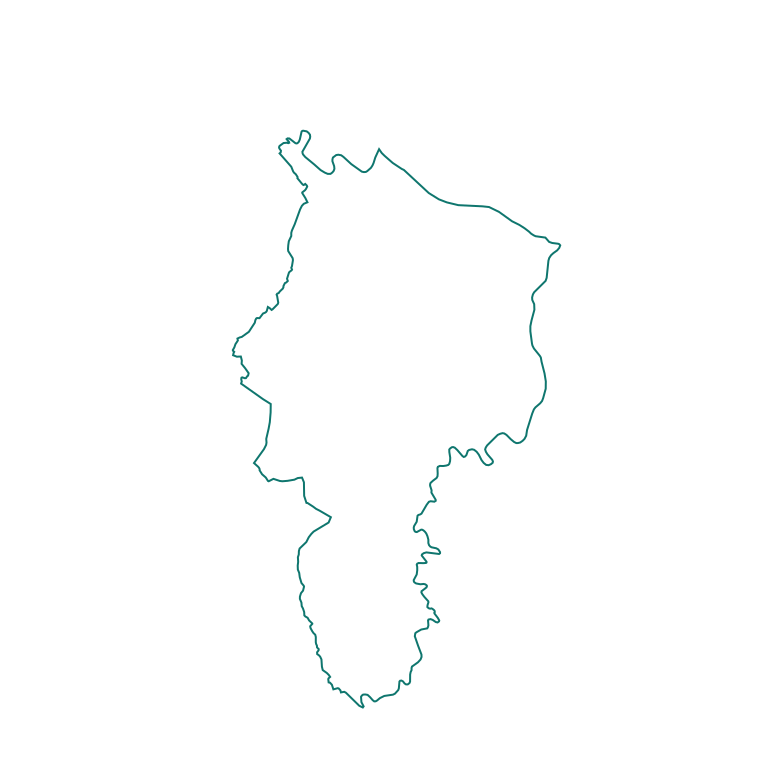 the district of Dong Ha, Quảng Trị, Vietnam, rotated 323°
{"feature_id": "81297802B80628180194499", "entity_name": "Dong Ha", "entity_type": "district", "adm_level": 2, "iso_a3": "VNM", "parent_name": "Vietnam", "parent_adm1": "Quảng Trị", "projection": "robinson", "projection_center": [107.071, 16.803], "detail": "fine", "context": "isolated", "style": "outline", "palette": "teal", "viewbox_px": 768, "rotation_deg": 323, "n_neighbors": 0, "source": "geoboundaries", "source_scale": "gbopen_adm2", "svg_char_len": 6166}
<svg xmlns="http://www.w3.org/2000/svg" viewBox="0 0 768 768"><g transform="rotate(323 384 384)"><path d="M164.0,604.4L167.0,605.9L167.8,607.6L170.6,626.1L172.4,629.6L173.7,629.2L174.5,624.5L177.4,620.0L178.8,619.5L180.4,619.5L182.1,620.6L183.8,622.4L184.4,625.7L184.7,629.7L185.2,631.6L186.4,632.4L187.9,632.6L191.7,632.4L196.5,633.3L204.2,637.5L206.4,637.9L211.2,637.0L212.7,636.0L217.3,630.9L218.3,630.7L219.5,631.4L220.2,633.0L220.2,635.5L220.8,637.2L222.2,638.2L224.3,638.2L225.7,637.4L230.0,631.8L231.9,630.1L233.8,629.1L235.1,627.4L236.3,626.5L243.7,626.7L247.4,626.0L249.7,624.6L251.1,622.6L253.7,613.6L256.8,604.0L259.0,601.9L260.5,601.8L266.0,602.5L271.5,605.2L272.8,604.6L274.2,603.5L276.9,599.3L277.8,598.9L279.7,599.8L280.9,601.7L282.1,605.3L283.3,606.7L285.1,606.7L285.8,606.1L286.2,603.4L286.2,597.6L286.6,596.9L287.2,596.8L287.8,595.9L287.9,594.9L287.4,592.8L286.9,591.8L285.6,591.2L284.7,589.9L284.4,588.2L285.7,586.8L288.1,585.1L288.6,584.2L288.1,578.2L288.1,575.1L288.4,573.0L289.3,572.1L295.5,572.0L296.7,571.2L296.9,570.6L296.5,569.0L295.4,567.6L292.5,565.8L289.6,562.6L288.9,560.6L289.0,559.7L289.7,558.5L295.5,555.8L298.5,552.7L300.5,550.0L301.4,548.0L302.4,547.5L303.9,547.8L307.8,550.9L309.9,552.2L310.4,552.2L310.9,551.8L311.0,550.7L310.9,543.7L311.7,543.0L313.9,543.0L316.5,544.0L325.7,552.9L326.9,552.9L327.6,552.0L327.8,548.8L326.9,546.7L323.7,543.0L323.1,541.6L323.0,539.8L323.7,537.7L325.7,535.1L327.1,531.7L327.8,528.8L327.8,526.6L327.4,524.6L326.7,523.2L326.0,522.7L321.1,522.0L320.3,521.2L319.9,520.2L320.5,517.8L321.5,516.4L322.7,515.5L327.2,513.7L331.5,509.4L332.7,509.3L334.2,509.9L335.9,510.1L345.5,506.1L349.0,505.1L350.7,505.7L353.4,508.3L355.0,508.4L355.6,507.5L356.5,499.3L358.0,497.6L359.6,493.0L360.6,491.7L361.7,491.0L365.1,490.7L369.4,490.7L371.2,489.9L373.0,487.8L376.1,483.3L377.2,482.6L379.2,483.0L382.2,485.3L384.6,486.6L386.6,487.3L388.0,487.1L390.3,485.4L392.5,482.8L395.2,477.7L396.7,475.6L397.8,475.3L400.0,475.3L401.2,475.9L402.2,477.4L402.8,480.9L403.3,488.8L403.8,490.3L405.2,490.7L407.1,490.3L410.6,487.9L412.3,487.9L415.0,489.1L416.4,490.8L417.2,493.9L417.2,497.5L416.1,503.5L416.1,507.0L416.9,510.1L418.7,511.8L421.1,512.4L423.4,512.3L424.4,511.4L424.8,509.7L424.3,502.4L424.6,499.4L425.4,497.1L427.0,496.0L429.4,495.1L444.2,493.1L446.9,493.7L449.1,494.6L450.3,495.9L451.2,498.4L452.0,504.3L453.0,508.6L454.1,510.8L455.5,511.8L457.6,512.7L460.5,512.8L463.2,512.4L466.4,510.9L470.6,506.8L484.6,496.8L488.4,494.5L490.8,493.8L497.1,493.4L500.0,492.7L502.7,491.0L510.3,485.1L514.8,479.3L518.6,472.1L523.2,461.1L525.2,457.2L525.4,455.2L525.1,445.9L525.7,442.6L526.5,440.8L532.6,430.0L535.7,425.9L540.1,422.0L548.8,415.2L552.0,410.6L553.0,406.1L554.4,404.0L556.8,402.1L559.1,401.1L575.1,398.9L577.8,397.1L589.5,384.5L591.8,382.8L594.9,381.7L598.0,381.4L602.7,381.5L605.8,380.8L608.2,379.3L608.1,377.8L607.5,376.8L603.2,372.6L601.4,369.9L601.0,364.2L594.0,357.2L593.1,355.5L592.0,352.6L591.5,349.6L590.0,344.2L587.8,338.3L584.2,331.1L579.4,315.7L574.4,305.9L569.6,301.4L551.0,285.9L543.5,276.8L539.0,269.6L534.7,258.5L528.7,225.0L527.6,222.9L524.0,212.7L521.8,202.2L521.2,198.2L521.4,193.5L513.3,197.9L508.7,201.2L506.4,202.5L503.7,203.5L498.7,203.9L497.1,203.7L495.5,202.7L494.1,201.1L490.2,188.7L488.3,178.3L487.5,175.6L485.5,173.4L483.6,172.4L479.5,172.4L478.1,173.5L476.9,175.0L475.3,180.0L473.9,182.3L472.1,183.5L470.0,184.0L467.8,184.0L465.5,182.3L463.9,179.5L462.1,175.0L460.4,166.6L457.7,155.3L457.5,152.0L457.8,150.8L458.6,149.4L472.5,143.4L473.9,142.1L474.9,140.3L474.9,138.0L474.3,135.7L471.8,133.0L470.9,132.7L470.0,132.9L464.0,138.0L461.8,139.3L459.8,139.6L459.0,139.3L458.2,138.4L456.2,131.0L454.8,129.8L453.6,129.8L453.8,133.6L453.5,134.3L452.4,134.0L451.7,132.9L448.8,131.1L443.9,131.0L442.7,131.7L442.2,132.8L442.1,135.7L440.8,136.9L439.4,137.0L440.7,154.7L439.4,159.5L439.3,161.0L439.8,163.4L439.6,166.1L439.5,166.8L438.7,167.5L439.0,174.7L439.3,176.4L439.6,176.8L441.5,176.8L441.8,179.0L441.5,180.1L439.0,181.3L437.6,181.7L434.0,181.8L433.6,182.4L433.1,188.2L432.2,192.8L428.4,191.8L425.6,192.3L422.0,194.1L408.8,202.7L402.7,206.1L400.9,207.5L399.0,210.0L393.9,212.7L391.0,215.6L388.6,218.4L387.5,220.2L386.8,228.4L386.3,229.5L385.6,230.5L381.4,234.5L379.9,235.4L379.4,237.3L378.6,237.6L375.9,237.6L374.9,238.0L369.9,241.6L369.2,243.8L367.1,244.1L365.5,243.8L362.6,245.3L361.9,246.2L360.6,246.9L356.4,247.4L354.6,248.0L353.1,247.6L352.0,248.0L351.6,249.4L348.5,255.4L347.3,256.2L339.9,257.3L338.8,257.2L338.4,254.7L337.6,252.6L334.4,255.1L333.3,255.5L332.1,255.5L329.8,254.9L324.2,256.5L322.3,254.9L321.3,254.8L319.7,255.6L317.7,257.3L307.5,261.0L298.7,260.8L296.8,260.0L294.3,259.5L293.5,261.3L289.3,262.8L286.5,264.7L283.7,265.9L283.4,266.4L283.7,268.2L282.7,268.6L280.8,270.2L282.9,273.6L286.2,275.9L284.6,279.7L282.4,282.2L282.6,287.9L282.4,293.9L280.5,295.5L279.3,295.5L277.3,296.2L276.4,295.7L274.8,293.4L274.0,293.2L272.9,294.2L271.9,296.4L270.1,297.7L278.3,323.4L281.5,331.8L276.4,338.4L269.8,345.8L264.9,350.3L256.9,357.0L254.9,360.1L253.2,361.7L248.9,363.8L232.6,368.9L233.7,374.5L233.7,376.0L233.4,377.2L232.7,378.1L232.3,382.7L233.3,387.5L233.0,391.6L233.4,392.3L238.6,393.2L242.5,398.8L244.3,400.5L248.7,403.3L254.9,406.5L258.5,407.2L262.2,409.4L260.9,414.3L252.9,425.3L250.5,432.3L251.3,433.0L253.6,439.3L254.6,442.8L256.3,446.3L261.4,458.4L256.4,461.3L239.0,459.5L235.7,460.0L231.7,461.1L226.8,463.5L217.6,464.6L215.5,466.2L213.3,468.9L211.0,470.5L208.4,474.4L205.8,477.1L203.5,480.4L202.6,483.8L200.4,487.7L198.6,492.5L198.3,493.3L198.5,496.7L198.2,497.7L195.0,500.3L191.8,501.1L188.9,503.2L187.5,505.0L186.5,508.9L184.6,511.9L184.2,514.5L183.0,518.1L181.1,520.9L181.3,522.4L182.3,524.7L181.9,527.8L182.6,532.1L182.4,532.4L179.4,533.0L179.1,533.3L178.4,534.9L177.9,538.3L177.8,540.6L178.2,542.8L177.3,545.0L174.1,549.2L173.3,550.9L173.0,552.5L172.0,554.1L172.3,556.4L171.5,557.3L169.1,558.0L168.1,559.5L168.8,561.7L168.9,563.4L168.3,566.3L164.3,572.4L162.9,575.6L164.4,580.3L164.8,583.2L164.7,585.5L162.6,585.7L161.9,586.1L160.2,589.0L161.1,590.0L161.4,592.8L159.8,597.4L164.0,599.1L164.6,599.9L164.8,602.5L164.0,604.4Z" fill="none" stroke="#0f766e" stroke-width="2"/></g></svg>